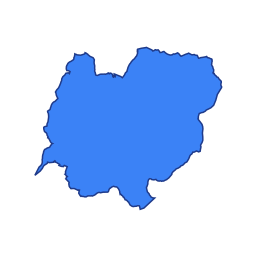 the district of Dumitra, Bistrita-Nasaud, Romania, rotated 350°
{"feature_id": "2599482B84114248322814", "entity_name": "Dumitra", "entity_type": "district", "adm_level": 2, "iso_a3": "ROU", "parent_name": "Romania", "parent_adm1": "Bistrita-Nasaud", "projection": "albers", "projection_center": [24.426, 47.212], "detail": "fine", "context": "isolated", "style": "filled", "palette": "blue", "viewbox_px": 256, "rotation_deg": 350, "n_neighbors": 0, "source": "geoboundaries", "source_scale": "gbopen_adm2", "svg_char_len": 5722}
<svg xmlns="http://www.w3.org/2000/svg" viewBox="0 0 256 256"><g transform="rotate(350 128 128)"><path d="M160.1,51.8L159.0,51.9L154.8,51.8L151.1,52.1L150.7,52.8L151.0,53.2L151.0,54.0L150.5,54.1L150.4,54.9L150.6,55.7L149.3,58.0L148.8,58.8L148.4,58.9L147.1,60.2L145.8,61.3L144.5,61.9L143.9,62.5L143.0,63.1L141.7,64.6L141.1,65.0L140.1,66.1L138.5,68.4L137.9,69.7L137.0,71.4L136.8,72.1L135.0,73.3L133.7,75.2L132.1,76.7L131.1,77.5L129.9,76.1L124.2,72.6L124.3,73.1L124.3,73.9L124.5,74.7L124.3,75.2L123.6,74.5L123.2,73.8L123.0,73.7L122.9,74.4L123.0,75.1L122.9,75.3L122.6,75.5L122.5,75.4L122.0,74.8L121.9,74.0L122.3,72.5L121.9,72.4L120.6,71.0L119.7,70.9L119.3,71.4L119.0,71.3L118.6,71.1L118.5,70.6L118.1,70.3L117.8,70.4L117.5,70.8L117.1,70.8L116.8,71.0L115.7,71.0L115.2,71.2L114.6,70.9L110.0,70.2L107.3,70.9L106.9,70.9L105.6,70.4L105.4,69.8L105.4,68.5L105.3,67.4L105.0,66.6L105.1,65.8L105.5,64.7L105.5,63.4L106.0,61.1L106.0,60.2L105.9,59.1L106.0,57.4L106.7,55.0L106.2,53.5L105.8,52.7L103.1,50.9L101.3,48.8L101.2,48.4L100.2,47.5L99.9,47.1L98.8,46.4L98.6,47.2L97.6,47.6L94.1,48.1L90.4,47.1L89.5,46.3L89.0,46.2L88.5,45.8L88.2,47.2L87.9,47.5L87.8,48.1L86.9,49.4L86.7,50.5L86.2,51.2L83.6,52.4L82.0,52.8L81.0,53.3L80.1,53.9L78.4,56.1L78.0,56.8L77.5,58.9L77.5,59.7L77.7,60.4L77.7,60.8L79.3,61.2L80.7,62.4L79.7,64.3L78.9,63.3L76.3,63.3L75.0,64.8L72.7,66.2L71.3,68.1L70.8,69.9L69.9,71.1L69.6,71.9L67.7,74.9L67.6,75.0L66.6,76.4L64.2,78.3L63.1,79.7L62.9,79.8L62.8,80.2L63.1,81.0L63.1,83.3L63.7,85.6L64.1,86.5L64.0,86.9L63.9,87.0L63.4,87.2L60.8,89.1L59.3,89.5L58.1,90.3L57.2,91.2L56.4,92.3L55.9,93.5L55.4,94.2L54.4,96.3L52.2,97.2L51.7,97.5L51.7,98.6L51.9,99.1L52.1,100.0L51.9,102.5L51.6,103.9L50.4,107.6L50.2,108.1L49.1,109.7L48.8,110.5L48.6,111.8L48.4,112.1L46.8,112.1L45.4,112.5L45.1,112.9L44.9,114.3L45.1,116.7L46.0,118.1L46.3,118.1L46.6,118.4L47.0,119.2L47.1,120.5L47.1,121.3L47.7,122.4L47.7,122.9L47.4,123.1L47.2,123.7L47.5,123.8L47.9,124.2L48.3,124.9L48.4,125.5L49.0,127.0L49.1,127.9L49.7,129.0L50.2,129.7L51.0,130.2L50.1,130.5L49.6,130.9L49.5,131.2L48.3,132.3L47.9,133.0L46.9,133.5L45.8,133.5L44.9,133.8L44.2,133.9L43.5,134.4L42.3,134.6L41.5,135.5L40.7,136.8L40.4,137.9L39.3,139.9L38.7,141.8L38.6,142.8L38.0,144.1L37.9,145.1L37.7,146.7L37.0,148.4L35.7,149.8L33.7,151.0L28.1,158.4L34.2,155.1L36.0,153.4L36.4,153.2L38.2,150.8L39.2,150.1L41.9,149.0L42.5,148.6L42.8,147.7L44.7,148.5L47.3,148.7L48.9,148.8L49.0,148.2L49.9,148.4L50.0,147.8L50.3,147.6L50.6,148.0L50.6,149.0L52.0,149.8L52.5,150.4L54.4,152.0L53.5,152.9L55.6,154.2L57.7,154.8L58.7,153.8L61.4,155.5L59.0,159.9L58.8,160.3L58.7,161.9L58.3,162.5L57.9,162.6L59.8,165.3L59.3,165.5L58.8,165.6L58.7,166.2L58.1,167.2L57.9,167.3L60.6,171.3L60.1,172.4L60.0,173.2L60.0,175.3L60.5,176.5L61.3,177.5L61.2,177.7L61.6,177.9L62.3,177.9L64.6,178.3L67.9,180.6L67.9,180.3L69.4,180.7L68.2,183.5L68.2,183.8L69.1,186.2L69.6,187.0L70.0,186.8L70.6,187.3L72.3,187.7L73.2,188.2L74.1,188.4L75.1,188.5L76.2,188.0L77.6,188.0L79.3,188.4L80.3,188.4L80.9,188.8L82.9,188.4L84.6,187.8L84.9,187.5L86.2,186.8L87.1,186.5L88.2,186.4L88.7,186.5L89.4,186.9L89.7,187.0L92.5,186.9L96.7,187.6L97.6,187.3L98.7,185.2L99.3,184.6L99.8,184.2L100.1,184.2L101.8,183.3L103.7,182.9L105.1,183.7L106.5,184.0L107.1,184.6L107.9,185.9L108.3,186.9L108.8,189.0L108.6,190.7L108.9,191.1L109.1,191.6L108.8,192.1L109.6,192.2L109.9,192.6L109.9,193.0L110.5,193.5L111.1,194.4L111.3,194.9L111.3,195.2L111.9,195.5L112.8,198.3L113.4,198.4L114.5,199.4L115.0,200.5L115.8,201.1L115.8,201.5L116.7,204.2L118.4,205.8L119.5,206.3L121.1,206.3L122.6,206.5L124.0,206.2L125.6,206.6L125.8,207.1L125.9,210.2L129.8,209.6L142.1,201.6L140.5,201.2L138.7,200.0L138.5,199.2L137.5,197.6L137.4,196.8L137.4,196.6L137.3,196.3L136.0,194.3L135.8,191.0L135.9,189.5L136.4,189.1L137.8,186.6L138.2,184.5L139.3,182.4L140.5,181.7L141.8,182.1L142.4,182.9L144.6,183.6L145.2,183.5L146.6,183.5L146.8,184.0L147.9,185.1L149.5,185.7L150.9,185.7L151.8,186.3L153.0,186.2L153.5,186.4L154.4,186.3L155.1,186.0L156.6,185.6L157.1,185.6L157.4,185.3L159.6,184.2L163.1,181.3L163.1,180.7L164.2,179.3L166.5,177.9L167.3,177.5L168.1,176.8L168.8,176.5L170.2,176.3L172.7,175.3L173.1,174.7L173.6,174.5L175.5,174.1L177.0,173.1L177.9,172.3L180.1,171.6L182.4,169.0L184.3,165.9L185.3,165.1L186.2,164.8L187.7,163.0L188.2,163.2L189.3,163.2L191.4,162.5L193.2,163.6L193.4,163.8L195.0,163.5L195.1,163.1L195.5,162.2L195.8,161.0L196.1,160.6L196.4,159.7L196.6,158.8L196.4,158.4L196.6,157.3L198.3,155.3L199.4,153.4L199.6,152.8L200.1,149.7L200.4,145.9L201.6,141.9L201.8,139.6L201.5,137.2L200.3,134.8L198.9,132.2L198.5,131.1L199.1,130.4L199.0,129.5L200.0,127.3L200.7,126.1L203.3,125.6L204.5,125.7L206.9,124.9L207.4,124.6L208.2,123.9L210.1,123.4L213.1,122.5L216.3,120.5L219.3,115.8L221.8,110.5L227.1,104.5L227.4,103.8L227.0,102.6L227.0,101.3L227.1,100.8L227.8,99.2L227.9,98.1L226.1,95.4L225.5,93.8L224.2,93.0L224.0,92.2L223.2,91.4L222.5,90.2L222.3,89.2L221.6,89.2L221.3,88.4L222.2,87.0L222.5,85.5L222.1,84.1L222.1,83.4L222.1,82.8L222.0,82.2L221.5,81.2L221.3,80.0L221.6,79.3L222.0,77.8L222.5,76.8L222.4,75.5L222.6,75.5L222.6,74.9L222.3,74.5L221.1,73.9L219.9,73.0L219.3,72.9L218.8,72.5L218.4,72.4L217.9,71.2L216.7,71.4L213.7,71.4L211.7,71.3L210.6,71.6L209.6,71.5L208.8,68.5L206.8,67.9L206.2,67.2L205.5,67.1L204.7,67.2L203.4,66.9L200.7,64.8L199.8,65.1L197.6,65.4L193.1,66.5L192.7,66.2L192.6,66.4L192.4,66.3L191.7,65.2L191.6,64.7L191.1,64.0L190.9,63.6L190.3,63.2L190.1,62.7L189.7,62.6L188.5,63.0L186.7,63.3L186.0,63.0L185.4,63.0L184.1,63.6L182.4,63.5L181.8,63.3L179.6,62.1L178.9,61.4L178.1,60.7L176.7,58.9L175.7,58.9L174.5,59.3L172.7,59.3L172.1,57.7L171.3,56.3L169.4,56.2L168.8,55.7L168.4,55.7L167.5,56.0L166.9,56.4L165.7,56.4L165.6,56.0L165.1,55.3L160.1,51.8Z" fill="#3b82f6" stroke="#1e3a8a" stroke-width="1.5"/></g></svg>